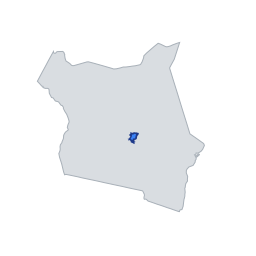 location of Tharaka, Eastern, Kenya, rotated 343°
{"feature_id": "3690345B49853475853823", "entity_name": "Tharaka", "entity_type": "district", "adm_level": 2, "iso_a3": "KEN", "parent_name": "Kenya", "parent_adm1": "Eastern", "projection": "mercator", "projection_center": [38.037, -0.18], "detail": "fine", "context": "in_parent", "style": "filled", "palette": "blue", "viewbox_px": 256, "rotation_deg": 343, "n_neighbors": 0, "source": "geoboundaries", "source_scale": "gbopen_adm2", "svg_char_len": 4811}
<svg xmlns="http://www.w3.org/2000/svg" viewBox="0 0 256 256"><g transform="rotate(343 128 128)"><path d="M53.7,154.2L53.6,151.0L54.1,142.9L54.0,135.8L54.4,132.2L56.2,130.0L57.0,128.4L57.5,126.1L58.5,124.2L60.5,122.7L60.9,121.9L63.1,119.3L64.4,116.1L65.4,115.0L66.7,113.9L67.6,113.4L69.0,112.9L70.1,112.5L70.3,112.3L70.4,111.8L70.1,109.7L70.5,109.1L71.3,107.7L72.2,106.5L73.0,105.7L73.5,104.9L73.7,103.4L73.7,102.4L73.7,100.8L73.4,97.0L72.5,93.9L71.9,90.4L72.3,89.3L71.6,87.2L71.2,87.1L70.6,86.6L69.9,84.7L69.3,82.9L68.9,82.5L66.4,80.9L65.2,77.3L63.8,76.5L63.1,72.9L62.9,71.8L63.7,68.2L63.6,67.4L62.8,66.6L60.4,65.9L58.5,64.4L58.8,63.8L58.9,63.3L57.9,62.9L55.0,56.8L58.8,53.0L62.5,49.3L67.4,44.5L71.8,40.1L75.7,36.3L79.1,33.0L79.0,33.6L79.0,34.5L79.5,35.0L80.2,35.3L81.1,35.0L82.0,34.4L82.8,34.3L88.0,35.7L88.8,37.0L88.8,38.3L89.0,39.2L88.6,40.2L88.2,43.1L88.3,45.8L89.9,47.7L91.2,49.3L92.3,51.5L93.1,52.1L94.3,52.5L97.8,52.6L103.0,52.7L108.1,52.8L108.5,52.9L109.6,53.2L114.3,56.1L118.5,58.8L122.1,61.1L125.6,63.4L129.0,65.6L131.6,67.4L134.2,68.0L138.4,68.3L141.3,68.3L144.0,69.1L148.1,69.8L151.0,70.2L152.9,70.6L157.9,71.0L158.7,70.8L160.9,68.8L163.4,65.5L164.3,63.6L167.6,61.8L173.2,59.3L177.1,57.6L181.6,55.8L183.6,57.3L186.3,59.8L187.6,61.0L188.5,61.6L190.0,61.9L191.9,61.9L192.9,61.9L194.9,61.6L199.7,61.3L202.4,61.3L200.1,64.6L197.4,68.5L192.3,75.8L188.4,79.6L185.5,82.5L185.3,83.0L185.3,86.2L185.3,94.1L185.4,109.8L185.4,125.5L185.5,141.2L185.5,149.1L185.5,151.7L188.1,155.0L190.6,158.2L193.9,162.5L195.7,164.8L195.9,165.6L195.9,167.1L193.1,170.3L190.9,171.7L187.9,172.4L187.0,172.3L185.8,171.8L185.4,172.6L185.0,173.8L184.4,173.6L183.9,173.2L184.2,175.3L184.5,176.4L184.0,177.8L182.6,179.0L182.4,180.1L179.3,182.8L174.8,183.1L172.5,184.5L171.4,185.6L170.6,188.0L170.9,191.8L169.7,194.7L169.4,196.1L167.1,198.0L166.1,199.7L165.4,201.4L164.7,202.2L163.9,206.1L162.8,208.5L162.6,209.3L162.3,210.0L161.5,211.4L160.9,212.3L160.5,213.0L157.8,219.0L155.7,221.8L154.0,221.5L152.9,222.5L152.8,223.0L152.2,222.8L150.8,221.8L147.9,219.7L145.1,217.6L142.2,215.6L139.4,213.5L136.5,211.4L133.6,209.4L130.8,207.3L127.9,205.2L126.2,204.0L125.5,203.3L124.9,201.9L124.6,201.5L123.9,201.1L123.0,201.0L122.7,200.7L122.7,200.0L123.0,199.0L124.1,197.1L124.2,196.0L124.0,194.8L123.7,192.7L123.4,192.3L121.5,191.2L117.5,189.0L113.5,186.8L109.6,184.6L105.6,182.3L101.6,180.1L97.6,177.9L93.7,175.7L89.7,173.5L85.7,171.2L81.8,169.0L77.8,166.8L73.8,164.6L69.8,162.4L65.9,160.1L61.9,157.9L57.9,155.7L56.4,154.9L55.1,154.2L53.7,154.2ZM185.8,175.7L185.1,175.9L185.5,174.8L187.5,173.4L188.4,173.8L188.5,174.1L188.5,174.4L188.1,174.6L185.8,175.7Z" fill="#d9dde1" stroke="#a8b0b8" stroke-width="1"/><path d="M127.6,137.9L127.0,138.4L126.4,138.9L126.2,139.0L126.3,139.1L126.2,139.1L126.3,139.2L126.2,139.3L126.4,139.3L126.5,139.4L126.5,139.5L126.8,139.8L126.9,140.0L127.0,140.2L127.0,140.3L127.2,140.5L127.3,140.6L127.4,140.8L127.4,141.0L127.5,141.0L127.8,141.3L127.8,141.2L128.0,141.2L128.0,141.3L128.0,141.5L127.9,141.6L128.0,141.6L127.9,141.7L128.0,141.8L128.1,142.0L127.9,142.3L128.0,142.3L128.1,142.5L128.0,142.8L128.2,143.0L128.3,143.1L128.5,143.2L128.5,143.3L128.7,143.5L128.7,143.4L128.8,143.5L128.9,143.4L129.0,143.5L129.0,143.4L129.3,143.3L129.3,143.2L129.4,142.9L129.5,142.9L129.4,142.8L129.4,142.6L129.5,142.6L129.5,142.3L129.4,142.3L129.5,142.2L129.5,141.9L129.6,141.7L129.8,141.5L129.7,141.4L129.7,141.2L129.8,140.9L129.9,140.6L130.0,140.4L130.2,140.5L130.4,140.5L130.5,140.5L130.9,140.6L131.1,140.6L131.3,140.6L131.5,140.6L131.9,140.7L132.0,140.6L132.4,140.5L132.4,140.4L132.5,140.3L132.6,140.2L132.7,139.9L132.8,140.0L132.9,139.9L133.0,139.9L133.1,139.7L133.2,139.4L133.3,139.1L133.4,138.9L133.5,138.7L133.4,138.6L133.5,138.3L133.7,138.2L133.8,138.2L133.9,137.9L134.0,137.8L134.0,137.6L134.1,137.4L134.3,137.4L134.4,137.2L134.5,137.2L134.8,137.2L135.0,137.3L135.1,137.2L135.3,137.1L135.5,136.9L135.7,136.7L135.8,136.5L135.7,136.5L135.7,136.4L135.6,136.2L135.4,136.2L135.3,135.9L135.2,135.9L134.9,135.8L134.7,135.8L134.4,135.7L134.3,135.4L134.1,135.4L134.1,135.2L133.9,135.2L133.7,135.2L133.4,135.1L133.2,135.0L133.0,134.9L132.9,134.9L132.7,134.7L132.4,134.5L132.2,134.6L131.9,134.6L131.7,134.7L131.6,134.8L131.5,135.0L131.5,134.9L131.4,134.9L131.4,135.0L131.2,135.0L131.0,134.9L131.0,135.0L130.9,135.0L130.8,134.9L130.7,134.9L130.6,134.7L130.4,134.5L130.5,134.5L130.4,134.5L130.4,134.4L130.2,134.3L130.0,134.2L129.9,134.2L129.8,134.3L129.7,134.2L129.7,134.3L129.8,134.7L129.7,134.7L129.5,134.4L129.4,134.4L129.4,134.5L129.2,134.5L128.6,134.9L128.6,135.0L128.4,135.1L128.2,135.2L127.9,135.3L128.0,135.5L128.3,135.5L128.5,135.5L128.7,135.4L128.7,135.5L128.8,135.5L128.7,135.6L128.6,135.8L128.6,136.0L128.8,136.1L128.9,136.3L128.8,136.5L128.3,137.1L127.6,137.9Z" fill="#3b82f6" stroke="#1e3a8a" stroke-width="1.5"/></g></svg>